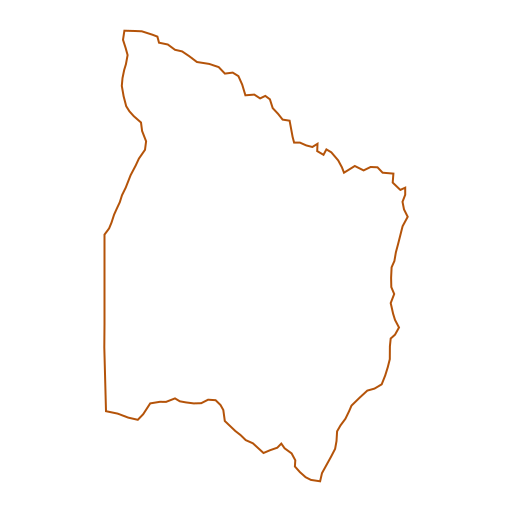 the district of Santa Fé, Paraná, Brazil
{"feature_id": "56859067B25565622944484", "entity_name": "Santa Fé", "entity_type": "district", "adm_level": 2, "iso_a3": "BRA", "parent_name": "Brazil", "parent_adm1": "Paraná", "projection": "mercator", "projection_center": [-51.832, -23.059], "detail": "fine", "context": "isolated", "style": "outline", "palette": "amber", "viewbox_px": 512, "rotation_deg": 0, "n_neighbors": 0, "source": "geoboundaries", "source_scale": "gbopen_adm2", "svg_char_len": 1897}
<svg xmlns="http://www.w3.org/2000/svg" viewBox="0 0 512 512"><path d="M193.7,403.4L201.2,403.2L208.1,399.7L215.6,400.2L220.5,405.0L223.3,410.0L224.8,421.0L235.3,431.0L240.7,435.2L245.7,440.1L252.9,443.3L263.5,453.0L270.1,450.2L277.3,447.7L281.3,443.6L284.6,448.3L291.6,453.4L295.3,460.3L294.9,466.5L299.9,472.1L305.6,477.2L310.9,479.9L320.1,481.3L322.0,473.1L331.0,456.8L335.1,448.9L336.5,441.1L337.1,431.3L340.5,425.4L345.4,418.8L349.1,411.2L351.5,405.6L359.8,397.5L367.3,390.6L374.5,388.6L381.7,384.3L385.2,375.5L387.8,367.1L389.8,359.2L389.9,346.3L390.7,338.5L395.0,334.7L399.0,327.5L395.0,319.9L393.1,313.7L390.7,303.1L394.2,294.0L391.3,287.1L391.1,277.7L391.6,267.3L394.4,261.0L395.9,252.2L398.0,244.4L400.3,235.3L402.6,226.2L407.7,216.8L404.0,209.4L402.5,201.8L405.2,194.8L405.2,187.7L400.3,189.9L392.7,182.6L393.4,173.6L382.6,172.7L377.5,167.3L370.6,167.0L363.6,170.4L354.8,166.0L344.0,172.7L341.9,167.3L338.2,160.4L331.3,152.3L326.4,149.4L323.5,154.8L317.2,151.1L317.5,143.8L312.3,147.0L306.2,145.4L299.9,142.6L294.1,142.6L292.6,136.9L289.6,120.7L282.6,119.6L278.2,114.0L272.7,108.1L269.9,99.3L265.3,95.9L260.1,98.4L254.3,94.6L245.4,95.3L242.2,84.6L238.4,76.1L232.7,72.6L224.9,73.6L218.7,67.1L209.1,63.9L196.9,62.0L189.1,56.1L182.1,51.4L175.0,49.8L167.8,44.5L159.0,42.7L157.4,36.6L152.4,34.7L141.8,31.3L134.9,31.0L124.4,30.7L123.0,39.8L125.7,48.2L127.6,55.1L125.9,64.3L124.2,69.9L122.5,78.1L121.8,85.9L123.6,96.2L126.2,106.2L129.4,111.3L133.8,116.2L141.0,122.5L142.1,131.0L146.1,141.3L145.0,149.8L138.9,158.6L135.7,165.5L130.6,175.2L125.7,187.7L122.0,195.2L119.8,202.2L116.9,208.4L114.1,214.6L111.5,222.6L109.1,228.4L104.5,234.6L104.5,255.4L104.5,273.3L104.5,315.3L104.5,324.1L104.3,347.3L106.0,411.2L117.6,413.6L128.2,417.6L137.8,419.8L143.2,414.2L150.2,403.4L159.9,401.8L166.0,401.9L175.0,398.4L179.8,401.3L185.9,402.4L193.7,403.4Z" fill="none" stroke="#b45309" stroke-width="2"/></svg>